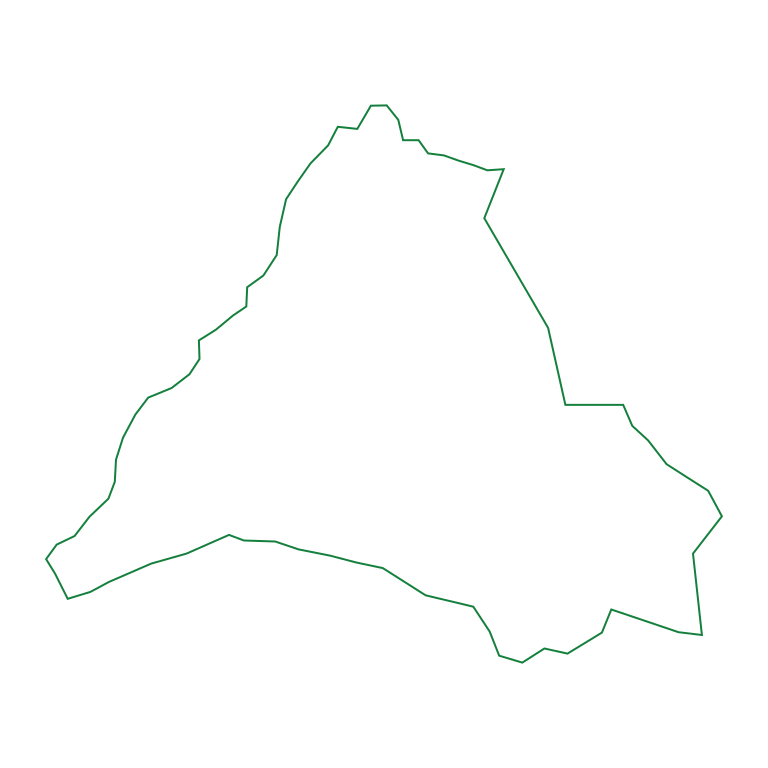 the district of Juripiranga, Paraíba, Brazil
{"feature_id": "56859067B44866664543789", "entity_name": "Juripiranga", "entity_type": "district", "adm_level": 2, "iso_a3": "BRA", "parent_name": "Brazil", "parent_adm1": "Paraíba", "projection": "robinson", "projection_center": [-35.224, -7.348], "detail": "fine", "context": "isolated", "style": "outline", "palette": "green", "viewbox_px": 768, "rotation_deg": 0, "n_neighbors": 0, "source": "geoboundaries", "source_scale": "gbopen_adm2", "svg_char_len": 1007}
<svg xmlns="http://www.w3.org/2000/svg" viewBox="0 0 768 768"><path d="M67.7,598.8L90.4,591.9L109.0,581.9L151.2,563.6L186.5,553.6L229.0,534.9L243.9,540.5L275.2,541.5L298.6,549.4L329.9,555.6L356.3,562.5L382.8,568.1L425.6,595.3L473.3,606.7L489.7,631.6L499.2,655.7L522.3,662.6L544.4,648.5L567.5,653.6L601.9,632.6L611.3,609.5L678.5,632.2L701.9,635.0L693.0,553.6L721.9,516.3L708.2,490.8L684.8,475.9L666.6,464.2L648.1,440.4L632.3,425.9L623.2,404.9L565.4,404.9L548.1,327.9L484.3,218.2L503.7,169.2L487.3,170.3L473.3,165.1L458.5,160.6L443.9,155.4L428.1,153.4L418.6,140.2L403.1,140.2L398.3,119.9L386.7,105.4L370.9,105.7L357.3,128.9L337.8,126.8L328.1,145.4L310.5,163.4L297.7,181.6L286.1,199.2L279.8,226.8L276.7,255.1L263.4,275.5L247.2,287.2L246.3,306.5L233.0,315.5L215.9,329.7L198.9,340.4L199.5,359.0L189.5,374.2L171.6,388.0L148.2,397.6L135.4,414.5L123.0,437.7L116.0,459.7L114.8,481.8L108.4,498.7L89.5,516.7L74.6,536.0L56.7,544.6L46.1,559.1L55.2,573.9L67.7,598.8Z" fill="none" stroke="#15803d" stroke-width="2"/></svg>